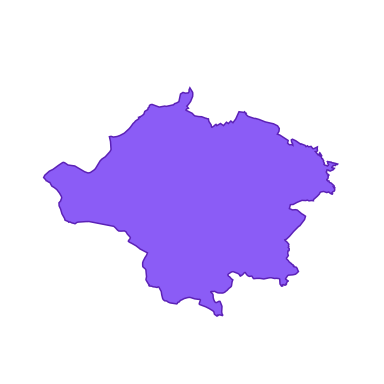 the district of Sacel, Harghita, Romania, rotated 213°
{"feature_id": "2599482B48323275068284", "entity_name": "Sacel", "entity_type": "district", "adm_level": 2, "iso_a3": "ROU", "parent_name": "Romania", "parent_adm1": "Harghita", "projection": "equal_earth", "projection_center": [24.895, 46.344], "detail": "fine", "context": "isolated", "style": "filled", "palette": "violet", "viewbox_px": 384, "rotation_deg": 213, "n_neighbors": 0, "source": "geoboundaries", "source_scale": "gbopen_adm2", "svg_char_len": 5964}
<svg xmlns="http://www.w3.org/2000/svg" viewBox="0 0 384 384"><g transform="rotate(213 192 192)"><path d="M250.5,278.2L250.1,276.0L249.1,274.7L249.1,273.1L251.3,271.3L253.8,270.6L255.0,267.9L252.2,260.6L253.5,258.1L254.7,256.7L255.0,255.1L260.2,249.8L261.7,249.2L265.7,245.4L273.2,243.7L274.2,242.8L274.8,241.5L274.2,239.6L274.6,238.5L274.0,237.1L275.5,233.9L274.8,231.1L275.2,229.6L275.8,228.0L276.7,226.7L276.4,226.4L277.5,225.5L276.5,224.5L278.1,220.7L278.2,219.1L278.7,217.4L278.9,213.1L279.2,210.8L280.8,204.5L283.2,200.2L285.0,197.8L287.8,195.3L290.2,194.6L291.4,193.4L287.8,189.9L283.0,183.5L282.8,181.3L283.9,174.3L285.5,170.6L286.0,168.2L285.7,158.9L286.2,156.9L287.9,152.9L289.6,151.3L293.2,150.5L304.5,150.0L310.7,147.1L314.1,147.2L315.7,147.0L316.5,146.3L318.4,141.9L320.9,135.3L323.0,131.8L324.6,125.9L324.3,123.3L321.5,122.6L320.3,122.0L319.7,122.3L317.7,122.2L316.5,122.6L312.8,120.6L309.9,120.7L306.7,120.4L302.5,118.9L299.2,117.2L298.3,116.4L297.7,115.0L297.8,114.6L297.3,113.0L297.7,110.5L295.9,108.0L292.9,106.1L289.2,102.9L284.5,100.4L283.1,99.2L279.8,99.8L278.9,99.5L278.1,100.4L275.7,100.7L274.2,101.3L273.2,101.5L272.7,101.8L271.9,103.9L271.0,104.8L265.0,109.3L262.2,111.2L238.9,120.6L236.8,120.3L233.8,119.5L232.2,119.4L230.3,120.5L227.4,122.6L225.5,122.6L223.3,121.5L219.8,120.6L218.8,120.1L218.5,119.0L218.7,117.8L218.7,116.3L218.4,115.9L216.3,115.9L215.0,116.1L209.7,116.4L205.9,116.1L204.7,115.9L196.2,116.7L195.7,114.3L195.7,111.3L195.3,107.5L194.8,105.7L193.7,104.0L192.8,102.8L192.0,102.4L189.4,102.1L188.3,101.6L184.0,96.2L183.0,93.6L182.5,93.1L178.2,91.0L177.3,90.9L177.2,90.1L176.6,89.9L174.6,91.0L173.0,91.3L171.3,92.2L169.3,92.9L168.7,94.0L168.0,94.2L163.6,91.8L161.5,89.4L158.4,86.5L157.1,86.0L155.6,85.9L154.0,86.8L151.9,86.7L149.9,87.1L143.9,89.8L143.6,90.5L143.8,91.6L142.8,93.0L142.7,94.7L141.9,95.9L140.5,98.4L138.1,101.1L136.8,102.2L135.5,102.8L131.7,103.8L128.1,105.5L127.0,106.2L126.1,106.0L125.2,102.4L124.8,101.9L124.3,101.8L117.9,103.2L114.2,103.6L109.7,103.7L108.4,103.4L106.6,101.7L103.6,101.5L103.4,101.7L103.7,102.1L103.6,102.6L103.1,103.0L102.8,102.8L102.6,103.3L101.9,104.1L99.2,104.9L99.1,105.2L99.3,105.6L100.5,106.2L101.8,107.6L104.5,112.3L105.3,113.0L108.9,115.5L109.8,115.1L111.1,112.8L111.6,112.3L113.1,112.3L115.2,113.6L116.8,115.1L118.4,117.3L119.6,117.9L121.5,118.2L121.9,118.6L121.7,119.0L119.7,120.3L118.8,121.1L117.2,121.1L115.1,121.6L111.5,123.8L110.7,124.6L109.9,125.9L109.7,126.8L109.0,128.6L108.6,131.2L107.8,133.4L107.7,134.5L107.9,135.1L109.5,138.6L109.9,140.6L110.4,140.7L111.2,140.5L114.3,141.4L115.6,141.3L116.8,142.0L116.9,142.5L116.8,143.2L115.3,146.5L114.2,147.6L108.9,148.7L107.4,148.6L106.7,148.1L106.4,148.4L105.9,147.8L105.6,147.8L104.8,149.5L104.4,151.0L104.1,153.0L103.4,153.5L101.3,152.5L99.6,152.2L98.0,152.4L96.4,153.8L95.9,154.0L93.4,152.9L92.9,153.0L90.7,154.8L88.1,156.5L84.4,158.2L80.4,162.2L78.8,163.3L75.7,164.4L74.0,165.7L71.9,166.7L71.0,166.7L68.1,162.8L65.7,161.8L64.9,162.4L65.7,163.1L65.4,163.5L65.1,163.5L65.1,163.9L64.6,164.0L64.5,164.3L63.3,164.4L62.7,165.2L62.6,165.9L63.1,166.0L63.0,167.4L63.4,168.6L63.2,169.1L62.8,169.5L62.9,169.8L66.0,169.9L66.3,170.2L66.2,174.0L65.8,174.8L62.4,177.4L60.6,179.2L60.0,180.5L59.4,183.3L61.1,184.3L61.9,185.0L63.4,185.7L66.2,184.8L66.5,185.0L66.4,185.5L67.2,185.5L67.4,185.9L69.3,185.8L69.7,186.2L70.1,186.0L71.1,186.1L71.4,186.3L72.2,186.2L73.8,186.9L76.3,187.4L76.8,188.1L76.6,189.7L76.6,191.2L78.1,192.4L79.4,194.7L78.8,195.3L78.7,195.7L79.0,196.5L79.7,197.5L81.1,197.9L81.1,199.0L81.8,199.4L82.3,200.9L85.6,201.9L87.4,202.0L88.1,202.4L87.1,203.9L86.1,208.0L85.3,214.1L83.8,221.3L83.2,222.4L82.6,230.2L83.6,233.5L86.6,233.6L88.2,233.5L93.9,234.2L95.5,233.6L98.0,231.7L101.3,231.1L102.6,235.0L100.4,236.6L98.2,240.6L95.2,244.9L91.9,246.8L90.9,248.0L89.0,248.3L87.3,249.8L85.4,250.8L85.9,251.5L85.9,252.0L84.6,256.8L84.1,259.7L84.3,261.5L83.6,262.6L81.8,264.2L78.7,264.9L77.3,266.5L75.3,266.2L73.5,266.4L73.1,266.7L73.2,267.2L74.1,267.4L74.3,267.6L74.0,268.8L73.2,270.3L73.4,271.4L74.1,272.3L75.5,273.0L73.9,273.1L75.5,273.7L76.1,274.5L76.7,274.7L80.3,275.3L82.0,274.9L83.3,275.9L84.1,275.2L85.6,275.6L85.8,276.0L85.4,276.7L85.4,277.5L86.1,279.1L86.8,279.6L86.3,280.5L86.4,280.8L87.8,281.0L88.6,280.8L89.4,281.5L90.0,281.6L90.4,282.2L90.3,283.0L90.9,283.8L90.8,284.1L89.8,284.6L89.1,284.4L88.5,284.8L87.6,284.7L85.7,287.6L85.5,289.4L87.7,288.6L88.1,288.6L88.3,289.0L87.9,289.9L88.0,290.6L87.9,291.2L86.9,292.1L86.3,292.2L86.3,293.1L85.0,294.3L85.0,294.8L86.8,294.3L89.6,293.3L90.3,292.8L91.4,292.9L92.4,292.3L92.8,292.4L93.3,291.9L95.0,291.4L95.1,291.2L94.2,290.8L93.5,289.7L92.4,289.4L92.2,288.5L92.6,287.5L94.3,287.3L94.9,286.9L96.4,287.1L96.7,288.2L98.5,289.2L98.8,290.1L100.6,290.7L100.7,291.0L101.5,290.8L102.7,291.9L104.9,292.0L105.0,292.2L104.8,292.5L103.4,292.8L103.1,293.1L105.8,294.4L106.2,294.5L106.2,294.1L106.0,292.6L106.4,291.8L110.5,293.1L109.6,293.8L109.2,294.8L109.5,295.4L110.3,296.1L111.4,298.1L112.9,295.5L113.9,294.3L114.3,294.2L117.0,295.1L118.8,293.4L120.4,293.6L121.1,292.1L122.6,292.7L126.8,291.8L126.8,291.3L132.9,291.5L136.5,291.0L137.1,289.9L136.8,289.4L135.7,288.2L134.2,287.5L132.9,286.1L134.2,286.1L135.8,284.8L136.4,284.7L138.4,285.0L139.4,287.6L149.3,287.6L151.9,287.0L152.1,290.3L153.4,292.8L156.3,294.1L160.8,293.6L168.7,290.7L175.2,289.4L178.8,288.3L179.9,287.6L185.7,286.1L186.6,286.0L188.5,286.4L189.7,286.9L189.8,287.1L189.5,287.5L189.8,287.6L190.1,287.2L191.6,287.9L191.9,287.0L196.3,284.9L195.1,277.1L195.4,272.4L198.1,272.7L198.8,269.2L201.1,269.3L201.8,264.8L205.4,265.0L207.3,261.2L208.7,261.8L209.1,261.0L209.4,259.6L210.4,257.2L210.6,257.1L211.2,257.3L212.5,258.7L216.3,260.4L218.1,262.3L219.2,261.7L220.1,261.6L220.8,261.3L224.9,260.4L227.5,258.9L231.0,257.4L231.9,257.4L234.8,258.1L241.5,257.3L241.8,257.9L241.7,258.8L240.6,260.3L243.1,261.2L242.7,263.3L242.5,267.2L243.5,272.5L244.7,274.6L245.7,275.9L250.5,278.2Z" fill="#8b5cf6" stroke="#5b21b6" stroke-width="1.5"/></g></svg>